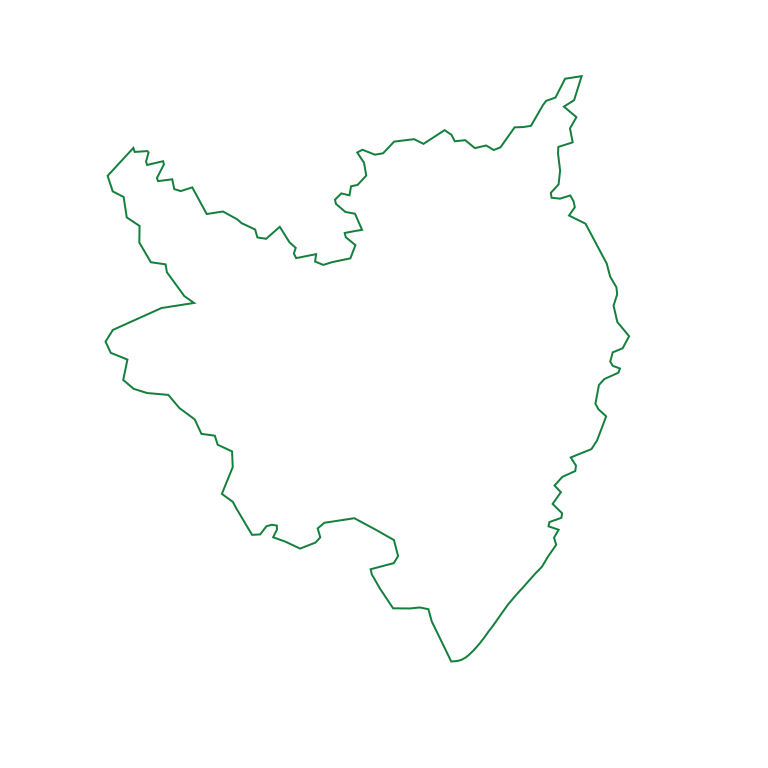 outline of Lorenzo Geyres, Paysandú, Uruguay, rotated 257°
{"feature_id": "84410073B97656346640878", "entity_name": "Lorenzo Geyres", "entity_type": "district", "adm_level": 2, "iso_a3": "URY", "parent_name": "Uruguay", "parent_adm1": "Paysandú", "projection": "orthographic", "projection_center": [-57.922, -32.146], "detail": "fine", "context": "isolated", "style": "outline", "palette": "green", "viewbox_px": 768, "rotation_deg": 257, "n_neighbors": 0, "source": "geoboundaries", "source_scale": "gbopen_adm2", "svg_char_len": 2597}
<svg xmlns="http://www.w3.org/2000/svg" viewBox="0 0 768 768"><g transform="rotate(257 384 384)"><path d="M617.1,415.7L615.6,410.0L604.0,414.3L591.1,413.6L583.9,403.0L584.1,396.4L575.6,392.8L579.3,385.3L574.6,377.7L570.3,377.7L560.3,385.1L556.5,394.0L539.1,397.3L539.6,390.1L540.0,379.7L535.6,379.8L525.7,387.4L514.0,379.5L514.4,360.9L513.7,351.7L518.8,344.4L525.8,347.1L526.4,326.8L531.3,325.5L536.5,328.6L543.3,323.8L560.6,317.8L552.0,301.8L555.3,293.6L563.5,293.2L572.9,281.3L577.4,278.1L588.3,265.9L589.5,249.5L618.7,241.4L617.7,229.3L621.1,223.5L631.1,223.7L632.5,209.5L635.8,209.1L647.4,218.9L650.8,218.9L650.7,202.5L654.3,202.2L662.6,206.7L664.2,205.7L666.2,193.3L670.4,192.9L649.0,161.5L632.7,163.0L624.8,172.4L604.2,170.8L593.0,181.4L576.9,177.4L555.1,184.2L549.7,198.1L541.8,197.6L514.6,209.2L505.7,217.1L508.1,184.3L497.7,132.0L487.9,122.2L475.8,124.8L465.5,139.5L446.6,130.8L435.6,139.0L428.5,151.1L421.9,171.4L406.6,179.2L392.1,191.6L376.5,194.9L371.7,207.5L362.2,208.3L352.5,220.8L337.0,217.9L313.4,201.3L303.1,210.2L295.2,212.4L266.7,221.5L265.3,229.5L271.8,237.4L272.1,243.0L270.2,247.7L266.3,247.0L259.6,241.5L252.6,252.4L242.5,265.2L244.9,281.6L248.9,287.4L258.2,286.9L262.2,294.7L259.9,324.9L244.2,342.8L229.7,358.6L213.1,359.0L207.3,353.3L206.5,329.3L201.2,329.3L185.4,334.1L163.4,342.4L159.5,358.6L158.2,368.6L154.6,376.6L142.0,377.1L98.5,387.1L97.8,391.6L97.6,394.3L97.9,397.8L99.0,401.6L100.6,405.2L104.2,411.2L107.3,415.6L109.7,418.9L114.6,424.9L119.4,430.3L124.8,436.8L133.6,446.6L141.3,455.3L146.8,462.7L147.8,464.0L152.1,470.1L155.0,474.4L160.3,481.7L165.6,489.3L170.3,496.6L173.2,499.5L179.2,505.2L182.2,508.6L183.3,509.8L188.6,515.6L196.0,515.1L202.7,521.4L208.3,512.3L212.3,514.1L213.7,526.7L217.9,528.5L229.2,521.3L238.8,532.0L246.7,527.3L253.4,536.9L256.2,550.8L261.3,552.7L270.4,549.4L271.8,558.0L273.9,571.5L281.1,578.9L302.5,593.2L311.2,587.2L317.3,585.6L334.7,593.2L339.3,599.9L342.3,614.9L346.0,617.4L350.3,611.0L354.9,609.5L363.4,614.0L365.1,624.5L375.4,633.6L391.9,625.3L408.7,625.3L419.0,631.4L425.9,632.2L437.8,628.5L451.2,628.1L494.9,616.4L506.5,602.2L513.3,609.7L519.3,609.8L525.8,607.9L525.0,597.2L527.8,589.2L532.7,589.5L539.2,599.0L552.3,603.6L569.4,605.4L575.8,607.2L577.0,622.2L591.2,622.7L600.7,631.5L613.8,621.7L617.8,633.1L639.5,645.8L640.7,629.1L624.5,615.5L623.4,605.6L620.0,601.6L602.5,585.3L603.0,577.6L604.7,569.0L588.4,550.7L587.3,543.6L593.4,537.2L593.4,525.6L603.3,518.0L604.6,507.6L611.6,505.8L617.7,500.1L609.1,476.5L615.8,468.4L617.9,448.4L609.0,435.0L609.5,426.7L617.1,415.7Z" fill="none" stroke="#15803d" stroke-width="2"/></g></svg>